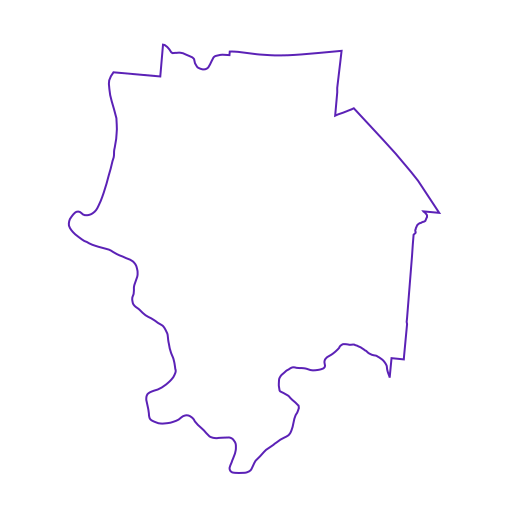 the district of Maribyrnong, Victoria, Australia, rotated 177°
{"feature_id": "25037944B56618295646151", "entity_name": "Maribyrnong", "entity_type": "district", "adm_level": 2, "iso_a3": "AUS", "parent_name": "Australia", "parent_adm1": "Victoria", "projection": "orthographic", "projection_center": [144.879, -37.791], "detail": "fine", "context": "isolated", "style": "outline", "palette": "violet", "viewbox_px": 512, "rotation_deg": 177, "n_neighbors": 0, "source": "geoboundaries", "source_scale": "gbopen_adm2", "svg_char_len": 6020}
<svg xmlns="http://www.w3.org/2000/svg" viewBox="0 0 512 512"><g transform="rotate(177 256 256)"><path d="M150.6,398.4L152.3,397.7L161.4,394.6L166.7,393.1L169.6,392.0L166.3,415.2L166.1,419.6L163.0,437.7L161.8,444.6L160.0,455.3L159.8,456.4L182.3,455.5L200.4,454.9L207.2,454.8L213.6,454.8L222.8,455.1L227.3,455.4L231.4,455.8L241.6,457.0L244.4,457.4L263.2,460.8L266.6,461.2L269.7,461.5L271.5,461.5L272.0,458.0L278.3,458.7L279.2,458.8L280.3,458.7L281.1,458.7L284.6,458.1L286.1,457.8L286.9,457.4L287.6,456.9L288.1,456.4L288.8,455.2L290.1,453.0L291.9,449.7L293.8,446.8L295.0,445.9L295.8,445.5L297.2,445.1L299.3,445.1L300.3,445.4L301.7,445.9L303.7,446.9L304.5,447.5L305.1,448.3L306.8,451.6L307.0,452.6L307.5,455.6L307.8,456.3L309.2,457.7L311.9,459.1L315.2,460.7L318.3,462.3L320.7,462.9L321.8,463.1L322.8,463.1L324.8,463.0L325.7,463.1L327.8,463.0L328.9,463.0L329.5,463.6L330.0,463.9L331.6,466.7L332.5,467.9L333.7,469.4L335.0,470.5L336.2,471.5L337.8,471.9L342.2,440.3L388.7,446.9L391.5,443.1L393.4,439.1L393.9,435.6L393.7,430.5L393.2,424.3L392.0,418.1L390.1,410.0L388.2,400.9L388.2,394.5L388.3,389.9L388.8,385.6L389.5,380.2L391.4,371.7L392.0,369.5L392.3,367.5L392.4,365.8L392.6,363.7L393.0,361.8L394.3,358.4L396.6,350.7L398.9,344.0L401.5,336.0L404.8,327.1L406.6,322.7L408.2,319.1L410.6,314.5L412.0,312.0L413.3,310.2L414.8,308.7L416.6,307.4L418.2,306.5L420.0,305.9L421.7,305.6L423.3,305.6L425.0,305.8L426.7,306.6L428.1,308.0L429.6,309.2L431.3,309.7L433.1,309.5L434.4,308.8L436.3,307.1L438.2,304.9L439.9,302.6L440.7,300.6L441.2,298.2L441.2,296.1L440.3,293.6L439.0,291.4L437.4,289.3L435.4,287.1L432.3,284.4L428.9,281.6L426.7,280.0L424.1,278.8L422.0,277.4L418.9,275.8L415.9,274.6L412.7,273.4L405.3,271.0L402.4,270.0L400.4,268.9L398.5,267.5L394.9,265.2L392.3,263.8L389.1,262.4L385.9,260.7L384.1,259.9L381.9,258.9L380.6,258.0L379.3,257.1L378.1,255.8L376.8,253.9L376.0,252.0L375.5,249.7L375.1,247.2L375.1,246.0L375.2,243.8L375.4,242.7L375.7,241.5L379.0,233.4L379.4,231.9L379.6,230.7L379.7,228.1L380.1,225.1L380.3,224.2L381.3,222.0L381.7,220.9L381.9,219.0L381.8,217.7L381.5,215.6L381.2,214.6L380.5,213.4L379.7,212.4L378.8,211.5L376.0,209.3L374.9,208.2L372.3,205.3L370.6,203.7L369.4,202.6L366.7,200.8L364.0,199.3L361.4,197.5L359.9,196.4L358.6,195.3L357.4,194.3L356.3,193.6L354.9,192.7L353.0,191.4L352.2,190.5L351.2,189.0L350.3,187.2L349.4,185.1L348.7,183.4L348.4,182.1L348.3,180.7L348.2,179.1L348.1,176.9L347.9,174.8L347.6,172.9L347.0,168.3L345.9,163.7L345.4,162.2L344.2,158.9L343.8,157.5L343.2,154.3L343.0,152.9L342.7,149.9L342.5,147.3L342.3,146.8L342.2,145.9L342.3,144.6L342.8,143.2L343.8,141.2L345.0,139.2L347.0,137.0L348.7,135.4L350.8,133.7L352.5,132.4L354.9,130.9L357.0,129.6L361.1,127.8L365.1,126.8L367.3,126.1L369.1,125.4L370.5,124.6L371.5,123.8L372.2,122.7L372.7,121.5L373.0,119.9L373.1,118.0L372.8,116.2L371.7,109.4L371.5,107.8L371.2,104.3L371.2,102.4L371.0,100.9L370.7,99.6L370.1,98.5L369.1,97.5L368.0,96.8L366.3,95.9L364.3,95.0L362.2,94.1L359.9,93.7L358.1,93.5L353.4,93.7L350.2,94.0L347.8,94.6L344.4,95.6L341.8,96.7L338.8,98.9L337.1,99.9L335.3,100.4L333.8,100.6L332.0,100.3L330.6,99.7L329.2,98.7L328.0,97.7L326.7,96.1L325.7,94.0L322.9,90.4L321.3,88.8L319.3,86.8L317.1,84.5L315.0,81.8L311.8,78.2L310.3,77.4L308.4,76.7L306.4,76.3L304.6,76.1L302.7,76.3L298.3,76.3L292.9,76.2L291.8,76.1L290.2,75.4L289.0,74.6L288.2,73.6L286.8,71.4L286.4,70.4L286.1,69.3L286.0,67.8L286.1,65.8L286.2,64.3L286.5,62.8L287.3,59.9L288.8,56.5L289.6,54.7L290.4,53.1L291.1,51.3L292.6,48.2L293.4,46.1L293.5,45.4L293.5,44.7L293.3,43.8L292.9,42.8L292.0,41.8L291.3,41.3L290.6,41.0L288.6,40.6L284.5,40.2L278.8,40.1L277.4,40.2L275.9,40.6L274.1,41.3L272.6,42.3L271.6,43.6L268.4,49.6L267.1,51.6L262.4,55.8L260.6,57.6L258.3,59.9L256.1,61.9L251.6,64.6L248.5,66.5L247.1,67.6L245.1,68.8L241.3,71.3L239.6,72.1L237.2,73.2L235.3,74.0L233.6,74.9L232.6,75.6L231.2,77.2L230.6,78.2L229.8,79.8L228.4,83.4L226.7,89.7L226.2,91.5L224.8,94.9L224.0,96.1L223.1,97.3L222.0,99.7L221.7,100.6L221.2,101.7L221.2,102.3L221.2,102.9L221.3,104.2L221.5,104.6L221.9,104.9L224.3,107.6L226.3,109.5L227.1,110.2L229.2,112.5L230.4,114.1L231.4,115.0L235.8,117.8L238.7,119.4L239.2,119.9L239.5,120.5L239.8,123.2L240.0,125.3L239.9,127.2L239.6,130.0L239.5,130.9L239.3,132.0L238.9,132.9L238.3,133.9L237.6,134.9L236.7,135.9L233.7,138.2L231.9,139.7L230.9,140.3L229.3,141.0L228.4,141.6L227.1,142.3L226.3,142.6L225.7,142.8L225.0,142.9L224.3,142.9L223.0,142.7L221.4,142.2L218.4,141.8L216.3,141.7L214.1,141.4L212.6,141.1L211.3,140.7L207.7,139.3L206.2,139.0L205.1,138.8L202.7,138.8L199.9,139.0L198.4,139.2L196.9,139.5L194.9,140.1L194.2,140.5L193.8,140.9L193.3,141.4L193.0,142.1L192.8,142.8L192.9,143.5L193.2,145.9L193.2,146.6L193.1,147.4L192.5,149.0L192.1,149.5L190.7,150.9L190.0,151.4L185.9,153.5L184.3,154.5L183.3,155.2L181.8,156.3L179.2,158.5L178.3,159.4L177.7,160.0L177.3,160.9L176.9,161.4L176.3,162.0L174.7,163.0L174.1,163.3L173.5,163.4L172.8,163.4L171.5,163.3L170.1,163.1L168.6,162.8L167.6,162.5L166.8,162.4L165.5,162.4L163.9,162.5L162.6,162.4L162.1,162.1L161.6,161.8L161.0,161.6L159.6,161.1L158.5,160.4L156.4,159.4L155.7,158.9L154.4,157.9L153.5,157.3L152.6,156.5L152.0,156.0L151.0,155.5L149.0,153.4L148.0,152.7L145.5,151.3L143.6,150.7L141.8,150.3L141.1,150.1L140.6,149.8L139.9,149.3L138.2,148.2L135.9,146.4L135.1,145.7L134.1,144.6L133.1,143.2L132.2,141.7L131.5,140.2L131.2,139.3L131.1,137.9L131.0,136.2L130.7,134.4L130.2,132.3L129.7,130.8L129.0,128.5L128.9,127.5L126.0,146.9L113.8,145.0L113.4,148.2L108.7,180.1L109.0,182.3L108.4,186.1L103.1,226.0L100.2,247.8L98.8,259.4L97.5,269.0L95.5,270.7L95.3,271.5L95.5,272.2L95.6,272.5L95.6,273.2L95.5,273.8L95.2,274.2L95.0,274.9L95.0,275.1L94.8,275.7L94.5,276.1L94.3,276.6L93.8,277.6L93.5,278.0L93.3,278.5L92.9,278.8L92.5,279.1L92.1,279.5L91.3,279.9L90.9,280.2L89.8,280.3L88.9,280.8L88.4,281.0L87.3,281.4L86.7,281.4L85.1,282.2L83.7,285.1L83.2,285.9L83.1,287.3L83.2,287.9L83.4,288.4L84.3,289.6L84.9,290.4L86.0,291.4L86.3,291.5L86.5,291.8L70.8,289.5L90.2,322.6L96.6,331.6L111.1,350.8L123.2,365.6L150.6,398.4Z" fill="none" stroke="#5b21b6" stroke-width="2"/></g></svg>